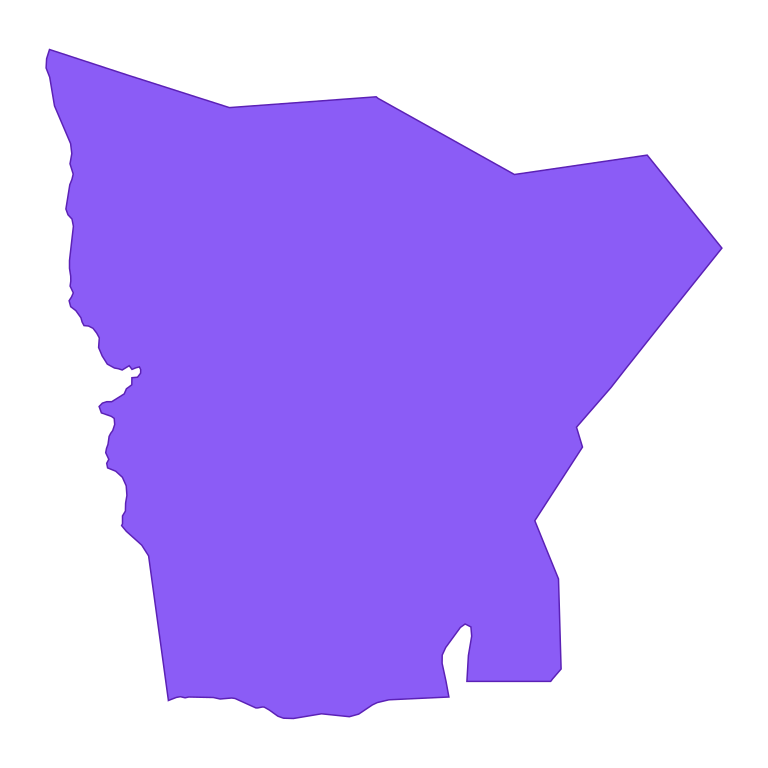 Hodh el Gharbi, Natural Earth projection
{"feature_id": "MRT-2797", "entity_name": "Hodh el Gharbi", "entity_type": "Region", "adm_level": 1, "iso_a3": "MRT", "parent_name": "Mauritania", "parent_adm1": "", "projection": "natural_earth1", "projection_center": [-10.311, 16.544], "detail": "fine", "context": "isolated", "style": "filled", "palette": "violet", "viewbox_px": 768, "rotation_deg": 0, "n_neighbors": 0, "source": "natural_earth", "source_scale": "10m", "svg_char_len": 1747}
<svg xmlns="http://www.w3.org/2000/svg" viewBox="0 0 768 768"><path d="M550.5,681.4L546.8,681.4L517.2,681.4L508.8,681.4L466.9,681.4L468.4,655.5L471.7,636.1L470.9,626.9L465.1,624.0L460.4,627.4L445.7,647.5L442.2,655.1L442.1,663.3L446.0,681.3L448.9,697.0L388.9,699.8L377.2,702.6L372.4,704.9L358.7,714.1L349.4,716.7L321.5,713.8L293.4,718.5L283.5,718.2L277.9,716.2L269.1,709.9L264.2,707.1L262.3,707.0L257.9,707.9L255.8,707.9L235.1,698.5L231.7,698.0L220.1,699.0L213.4,697.5L188.8,697.0L185.1,697.8L180.4,696.7L176.4,697.4L168.4,700.5L168.4,700.4L148.6,555.9L141.7,545.1L126.4,531.4L121.6,525.6L122.5,523.8L122.5,515.9L125.4,511.1L125.6,503.1L126.9,495.4L126.2,485.8L122.4,477.3L115.7,471.2L107.6,467.9L106.7,463.3L108.8,459.3L105.7,452.7L106.5,448.4L108.0,444.3L109.1,436.4L110.7,433.3L112.7,430.6L114.7,424.5L114.2,418.4L111.2,416.3L101.4,412.9L99.1,406.5L102.4,403.1L106.7,401.7L111.7,401.7L124.2,393.9L126.4,388.8L131.8,384.8L131.9,377.7L137.5,377.2L140.6,373.2L140.7,369.6L139.4,366.9L135.9,367.8L132.0,369.4L129.2,365.7L122.2,370.0L118.3,368.7L114.4,368.0L107.3,364.1L102.2,356.0L98.6,347.5L99.3,337.9L96.7,333.1L93.0,328.3L88.5,326.0L84.0,325.6L82.1,322.0L80.9,317.7L75.8,310.6L70.7,306.7L69.1,300.7L71.5,297.0L73.3,292.9L70.1,286.1L70.8,281.0L70.7,276.1L69.5,268.4L69.5,260.5L73.4,226.3L72.0,219.1L68.0,214.8L65.9,209.0L69.8,184.7L71.9,179.5L73.2,174.1L70.0,163.8L71.8,153.6L70.6,143.6L54.5,105.9L49.7,77.2L46.1,68.0L46.6,58.7L49.5,49.5L126.4,74.7L229.4,107.6L376.2,96.8L378.1,98.4L514.4,174.5L647.2,155.1L680.6,196.7L721.9,248.1L666.9,316.8L626.4,367.8L611.0,387.5L576.5,427.2L582.5,447.1L534.8,520.7L544.9,545.6L558.5,578.9L561.1,669.0L552.4,679.1L551.1,680.9L550.6,681.4L550.5,681.4Z" fill="#8b5cf6" stroke="#5b21b6" stroke-width="1.5"/></svg>